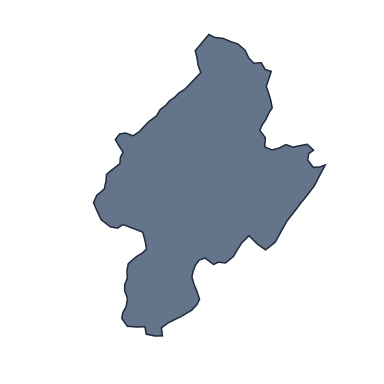 Modelo, Santa Catarina, Brazil (Equal Earth projection), rotated 133°
{"feature_id": "56859067B74216075276825", "entity_name": "Modelo", "entity_type": "district", "adm_level": 2, "iso_a3": "BRA", "parent_name": "Brazil", "parent_adm1": "Santa Catarina", "projection": "equal_earth", "projection_center": [-53.047, -26.775], "detail": "fine", "context": "isolated", "style": "filled", "palette": "slate", "viewbox_px": 384, "rotation_deg": 133, "n_neighbors": 0, "source": "geoboundaries", "source_scale": "gbopen_adm2", "svg_char_len": 1564}
<svg xmlns="http://www.w3.org/2000/svg" viewBox="0 0 384 384"><g transform="rotate(133 192 192)"><path d="M81.4,113.0L86.4,115.5L91.3,120.2L89.6,129.3L84.2,132.8L78.5,131.6L78.5,140.3L84.0,144.3L90.3,148.7L93.3,155.7L100.3,158.2L106.7,162.2L109.4,169.5L102.3,175.4L100.6,184.5L95.2,186.4L88.7,187.4L81.8,189.7L75.8,190.7L72.0,195.8L68.2,202.0L64.1,209.7L49.7,216.3L52.5,222.1L50.2,229.5L55.6,234.6L55.3,241.9L52.1,249.8L52.5,259.6L55.3,265.5L58.6,274.3L63.5,280.8L65.2,287.1L86.5,286.0L90.8,279.4L94.9,274.3L98.7,267.0L121.4,267.3L128.8,269.2L134.2,269.2L140.5,270.6L146.8,270.3L153.3,271.5L160.5,269.9L170.8,271.7L176.9,271.7L183.7,271.7L191.0,273.3L194.3,281.0L198.9,284.5L206.0,283.8L208.2,276.4L209.9,269.6L215.6,268.0L220.3,264.1L225.7,264.9L232.0,265.9L237.4,266.6L242.9,262.2L249.7,258.2L259.3,259.4L266.9,256.8L270.4,249.1L274.2,239.6L273.2,227.9L269.1,221.7L262.8,220.2L255.0,200.6L260.1,192.5L264.8,186.4L270.5,186.7L276.7,188.5L282.2,189.2L287.9,189.7L293.9,186.0L298.8,180.8L305.7,178.0L310.1,174.0L313.9,166.6L320.9,161.9L327.3,160.4L332.4,157.1L334.3,147.7L328.4,140.3L322.6,134.5L327.3,128.6L322.6,120.9L317.4,115.5L312.2,121.7L304.0,120.2L296.5,117.4L290.7,115.1L285.7,113.7L278.7,111.6L271.0,111.6L265.3,113.3L260.9,121.4L258.0,127.9L254.1,134.2L249.4,137.0L243.2,139.6L236.9,140.3L231.4,137.4L230.3,126.8L225.4,124.9L221.0,119.1L210.9,117.7L205.0,119.1L195.4,120.9L185.1,120.5L185.5,108.6L184.2,98.7L171.9,96.9L148.9,102.7L131.8,104.2L126.0,104.9L118.7,105.3L104.4,106.7L81.4,113.0Z" fill="#64748b" stroke="#1e293b" stroke-width="1.5"/></g></svg>